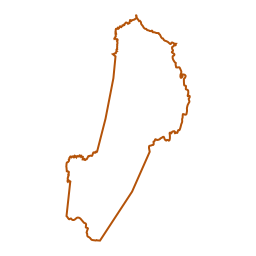 outline of Los Pozos, Herrera, Panama
{"feature_id": "35544464B7631989916693", "entity_name": "Los Pozos", "entity_type": "district", "adm_level": 2, "iso_a3": "PAN", "parent_name": "Panama", "parent_adm1": "Herrera", "projection": "equal_earth", "projection_center": [-80.671, 7.692], "detail": "fine", "context": "isolated", "style": "outline", "palette": "amber", "viewbox_px": 256, "rotation_deg": 0, "n_neighbors": 0, "source": "geoboundaries", "source_scale": "gbopen_adm2", "svg_char_len": 5687}
<svg xmlns="http://www.w3.org/2000/svg" viewBox="0 0 256 256"><path d="M115.5,31.4L115.5,31.6L115.8,31.9L115.9,32.2L115.4,33.0L116.1,33.7L116.2,34.0L115.6,34.5L115.8,36.3L115.2,37.1L115.1,37.7L114.5,38.2L114.3,38.6L114.4,38.9L115.0,38.6L115.8,38.8L116.4,39.3L116.6,39.7L116.9,39.7L117.4,39.4L117.6,39.7L117.5,40.8L117.1,41.5L117.3,41.8L117.5,42.9L117.4,43.7L117.1,44.4L117.3,45.1L117.2,45.5L117.1,46.6L117.2,47.8L117.0,48.3L117.2,49.1L116.8,49.3L116.5,49.6L116.5,50.8L116.9,51.2L116.5,51.4L116.4,51.9L115.9,52.3L115.8,53.2L115.4,53.3L114.5,53.5L113.9,53.9L112.9,54.2L115.5,56.4L113.4,78.2L105.5,118.8L97.2,151.2L96.8,151.9L96.0,151.6L95.9,151.7L95.8,152.4L95.6,152.6L95.0,152.2L94.4,152.7L93.7,152.4L93.4,152.5L93.0,153.3L92.3,155.4L91.9,155.9L91.4,155.9L90.6,155.6L89.5,155.9L89.0,156.3L88.5,156.1L88.3,156.2L87.3,158.2L86.8,158.9L86.7,159.2L86.4,159.3L86.1,159.3L85.2,160.0L84.9,159.9L84.4,159.0L84.2,159.1L83.9,159.5L83.3,159.1L82.9,159.4L82.6,159.4L82.6,159.1L82.9,158.6L83.0,158.2L82.7,157.6L82.8,156.8L82.4,156.7L81.9,156.5L81.2,156.9L81.1,156.6L81.1,155.7L80.5,155.7L79.9,155.5L79.9,155.8L80.1,156.3L79.9,156.5L79.1,156.1L78.5,156.4L78.2,156.2L78.0,156.5L77.9,156.5L77.6,156.2L77.2,156.1L77.0,156.4L76.6,156.6L76.3,157.3L75.8,156.7L75.5,156.5L75.4,156.1L75.2,156.0L74.9,156.1L74.8,157.0L74.1,157.4L73.9,157.4L73.8,157.1L73.9,156.2L73.0,156.8L72.4,156.4L72.1,156.5L71.9,156.9L71.6,157.0L71.4,157.4L70.9,157.2L70.7,156.6L70.4,156.5L70.1,156.8L69.9,157.5L69.4,157.9L69.3,159.2L68.8,159.5L69.0,160.5L68.8,161.1L67.9,162.1L67.4,162.2L66.8,162.7L66.6,163.4L66.5,164.3L66.4,165.8L66.3,166.4L66.5,167.6L66.8,171.2L67.7,171.2L68.0,171.6L68.7,171.8L68.9,172.1L68.8,172.5L68.5,173.0L68.8,174.2L68.7,174.4L68.4,174.5L68.2,174.8L68.3,175.0L68.6,175.3L68.7,175.6L68.1,176.4L68.1,177.2L67.7,178.0L67.7,178.7L67.9,179.2L67.6,180.3L67.6,181.6L67.8,181.8L68.1,181.2L68.6,181.3L68.6,180.7L68.8,180.5L69.1,180.8L69.4,181.3L69.6,181.2L70.1,181.3L70.3,181.4L70.4,181.6L70.2,182.3L66.5,216.1L67.1,216.7L68.2,218.3L68.9,219.1L69.5,219.2L70.0,218.8L70.9,218.5L72.1,219.7L72.8,220.0L73.7,220.0L74.5,219.7L75.3,219.1L76.7,217.9L77.5,217.6L78.1,217.6L78.9,217.7L79.9,218.2L80.6,218.8L83.9,222.7L85.5,223.4L85.7,223.6L86.0,224.1L86.1,224.6L85.8,227.0L85.8,227.3L86.1,227.6L87.4,228.0L87.9,228.4L87.8,228.9L87.1,230.7L86.9,231.5L86.6,232.5L86.7,232.9L87.1,233.5L87.3,235.7L87.5,236.2L88.0,236.7L88.7,237.0L90.0,237.9L91.2,239.4L91.7,239.8L92.8,240.1L95.9,240.5L96.6,240.1L97.3,240.4L100.0,240.6L132.1,191.6L149.7,151.8L149.0,148.0L149.0,147.0L149.2,146.1L149.7,145.8L151.0,145.5L152.4,145.0L153.2,144.9L153.6,144.4L153.7,143.9L153.5,141.8L153.6,141.6L154.3,141.4L154.4,141.2L154.8,140.6L155.0,139.8L155.4,139.3L156.2,139.5L157.0,140.0L158.7,139.7L159.9,139.1L160.5,138.3L161.8,137.8L162.4,137.2L163.0,136.9L163.7,136.9L164.1,137.5L164.4,138.6L164.7,139.1L165.2,139.9L165.8,140.4L166.3,140.5L166.8,140.0L167.0,139.9L168.1,140.1L168.7,140.6L169.1,140.5L169.5,140.1L169.8,138.8L169.9,138.0L169.9,135.6L169.6,133.3L169.7,132.9L169.9,132.7L170.2,132.6L170.9,133.3L171.3,133.3L171.5,133.0L172.0,132.0L172.2,131.8L173.0,131.4L174.2,131.2L174.5,131.4L174.7,131.6L174.8,132.8L175.0,133.2L175.4,133.1L175.7,132.5L175.9,132.4L176.9,132.9L177.2,132.9L177.5,132.5L178.1,130.4L178.4,130.1L179.3,130.2L179.7,129.7L180.4,127.7L181.3,124.1L181.7,123.2L182.1,122.0L182.2,121.4L182.1,119.1L182.6,117.6L182.7,115.3L182.9,114.2L183.1,114.1L183.8,114.2L185.1,114.7L185.9,114.6L186.4,114.1L186.5,113.8L187.0,111.1L187.0,109.9L186.9,108.3L187.2,106.8L187.6,105.2L188.5,103.4L189.2,102.2L189.4,101.8L189.3,101.0L188.8,99.5L188.7,98.9L189.6,97.4L189.7,96.9L189.7,96.3L189.5,95.9L189.3,95.8L188.2,96.1L187.8,96.1L187.7,95.8L187.7,95.4L188.1,94.0L188.3,92.8L188.2,91.3L188.2,90.8L187.9,90.4L187.6,89.9L186.4,89.5L185.9,89.2L185.8,88.5L186.0,86.7L185.9,86.0L185.7,85.8L185.4,85.7L184.5,85.5L184.1,84.9L183.9,81.7L183.9,79.1L184.1,78.7L184.6,78.2L185.1,77.6L185.6,76.3L185.5,75.6L184.7,74.8L183.7,74.5L182.4,74.4L182.2,74.8L182.5,76.2L182.4,76.8L181.5,77.7L181.0,77.8L180.8,77.7L180.6,77.2L180.4,76.4L180.5,74.8L181.2,72.9L181.3,72.1L181.3,71.4L180.9,70.4L179.8,67.9L179.4,67.4L179.0,67.3L177.0,67.5L176.2,67.3L175.6,64.7L175.8,63.0L175.0,62.5L173.8,60.8L173.1,59.5L172.7,58.3L172.6,57.2L172.7,56.3L172.9,56.1L174.1,55.3L174.3,55.0L174.4,54.7L174.3,54.2L173.9,53.7L172.7,53.0L171.9,52.3L171.9,52.1L172.0,51.8L172.9,51.0L173.0,50.5L173.0,50.2L172.5,49.6L172.2,48.8L172.0,47.9L172.1,47.3L172.3,46.9L173.3,46.4L173.6,46.1L173.9,45.3L174.4,44.8L174.6,44.8L175.3,45.3L175.6,45.2L175.7,44.3L176.0,43.8L174.4,43.7L173.1,42.9L172.3,42.5L171.9,42.5L171.5,42.7L171.1,43.5L170.8,43.9L170.4,44.0L170.1,43.9L169.7,43.6L168.6,42.6L167.8,41.9L166.2,41.1L164.7,40.6L163.9,40.0L163.0,38.5L162.1,38.3L161.2,37.3L159.9,34.6L159.0,34.0L158.6,33.1L156.4,33.0L154.5,32.3L152.8,32.2L152.6,32.0L152.3,30.9L152.0,30.7L151.7,30.7L151.0,31.1L149.8,31.0L148.7,30.4L147.2,30.1L146.4,29.1L146.1,28.9L145.4,28.9L144.6,28.5L143.6,27.5L143.4,27.1L143.1,26.4L141.4,24.3L141.1,23.6L141.0,22.6L140.7,21.8L139.8,20.8L139.1,21.1L137.0,18.0L136.7,17.8L136.5,15.8L136.3,15.4L136.1,15.4L136.0,15.7L136.3,16.5L136.3,17.8L136.0,18.4L135.7,18.7L134.9,19.1L134.5,19.5L131.9,20.3L131.4,20.9L131.1,21.1L130.8,21.0L130.5,20.1L130.1,20.1L130.0,20.4L129.6,22.0L129.4,22.3L129.6,23.0L129.4,23.2L128.8,23.1L128.0,23.8L127.1,22.8L126.1,22.5L125.3,23.2L124.5,24.4L124.3,25.1L124.0,25.2L123.6,24.9L123.3,25.3L122.6,25.3L122.5,25.9L121.7,26.4L121.3,27.1L120.9,27.0L120.4,26.4L120.1,26.3L119.8,26.5L119.1,28.1L118.8,28.4L118.5,28.4L118.1,27.9L117.8,27.7L117.7,27.8L117.6,28.1L118.0,28.6L118.0,28.8L116.0,28.9L115.7,29.7L115.7,30.8L115.5,31.4Z" fill="none" stroke="#b45309" stroke-width="2"/></svg>